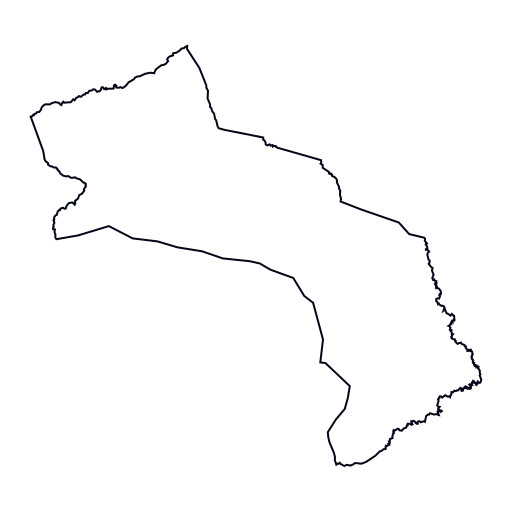 the district of Bunkpurugu Nakpanduri, Northern, Ghana
{"feature_id": "2480657B78318361422462", "entity_name": "Bunkpurugu Nakpanduri", "entity_type": "district", "adm_level": 2, "iso_a3": "GHA", "parent_name": "Ghana", "parent_adm1": "Northern", "projection": "mercator", "projection_center": [0.012, 10.509], "detail": "fine", "context": "isolated", "style": "outline", "palette": "ink", "viewbox_px": 512, "rotation_deg": 0, "n_neighbors": 0, "source": "geoboundaries", "source_scale": "gbopen_adm2", "svg_char_len": 5933}
<svg xmlns="http://www.w3.org/2000/svg" viewBox="0 0 512 512"><path d="M476.5,365.8L475.1,366.0L475.5,365.0L474.0,364.7L474.2,363.0L473.0,362.8L473.3,361.3L472.8,361.3L472.8,359.6L471.8,358.9L471.9,357.9L471.4,357.1L472.0,356.3L471.9,355.1L472.7,354.5L472.2,351.9L470.9,351.3L471.3,350.4L470.7,349.6L469.1,350.0L469.3,350.7L467.4,351.0L467.5,349.5L466.5,349.0L465.6,347.7L466.0,346.5L464.7,346.1L464.4,344.9L461.7,344.0L460.9,342.5L457.5,343.8L455.5,341.9L455.7,341.0L455.0,340.7L454.8,339.3L453.0,339.1L451.6,338.3L451.3,337.1L451.9,337.0L451.9,335.6L452.9,334.2L451.8,334.1L451.5,331.9L450.2,330.3L451.1,330.0L450.0,329.3L450.5,327.9L449.5,326.2L448.6,325.9L451.1,324.3L450.6,323.7L451.5,321.9L452.5,322.4L452.2,320.7L453.2,320.7L453.7,319.7L454.2,320.5L454.5,320.2L454.1,315.8L453.4,315.7L451.9,313.9L450.4,315.6L447.6,313.5L446.6,313.4L445.0,309.5L443.5,310.7L444.5,307.5L443.7,306.2L442.5,305.7L441.9,306.0L439.2,304.5L438.9,303.7L438.0,304.2L437.2,301.6L436.2,301.1L436.2,299.1L437.7,298.3L439.1,298.6L440.0,296.2L439.3,295.3L439.8,294.0L440.8,294.2L441.0,292.5L440.5,290.6L438.8,288.6L437.5,288.0L436.1,288.2L436.0,287.1L436.8,286.3L435.9,284.6L435.5,284.9L435.0,284.1L436.0,283.6L435.7,282.9L436.5,283.0L436.3,281.1L434.0,280.2L434.1,279.5L433.0,279.8L432.3,278.0L433.6,274.7L431.9,270.5L432.6,268.1L430.8,266.6L428.7,263.8L429.5,262.7L429.7,260.7L428.5,259.5L427.3,254.6L427.8,252.9L429.1,251.6L427.6,249.8L425.9,249.8L425.9,249.1L427.3,248.4L427.0,246.2L425.7,244.3L426.0,243.6L426.8,243.4L424.8,240.8L425.1,238.7L424.2,237.7L409.2,234.1L398.8,222.5L361.2,209.5L340.6,201.5L341.0,198.7L340.0,194.9L340.2,190.4L339.1,188.8L339.0,186.7L336.9,182.4L337.0,180.5L336.3,178.8L334.5,177.0L332.2,176.1L332.0,174.6L330.8,173.5L330.3,174.2L329.0,173.4L328.8,171.8L322.7,167.8L322.7,165.0L320.6,163.7L321.2,163.0L321.1,160.2L277.3,147.7L276.1,147.1L276.0,146.2L273.7,145.9L272.8,146.5L272.5,145.1L270.5,145.6L270.0,144.5L269.5,144.4L267.2,145.4L265.8,144.4L265.6,142.6L264.3,140.2L263.1,139.6L263.2,137.5L225.1,130.0L218.8,128.3L217.7,126.6L216.2,120.4L215.1,118.9L214.1,113.7L212.4,111.6L211.2,108.0L210.0,106.8L210.1,104.5L207.6,98.5L208.0,90.7L206.4,87.8L206.3,85.4L199.4,68.0L187.0,48.9L187.2,46.0L185.2,46.9L183.9,48.2L181.7,48.5L179.1,51.0L176.1,52.8L173.4,53.1L172.8,54.0L173.1,55.4L169.6,56.5L168.1,57.7L167.1,59.3L168.1,61.1L165.8,63.8L163.9,64.8L161.3,65.3L157.5,68.1L155.7,69.6L154.2,73.2L150.2,72.7L145.1,73.8L140.1,76.1L136.8,76.7L135.1,77.6L133.8,79.3L128.5,82.4L125.9,85.7L123.0,87.8L122.4,88.0L120.6,87.2L119.0,87.7L116.4,87.6L115.9,86.4L116.3,85.6L115.0,84.7L114.0,85.3L113.6,88.5L113.1,88.7L107.8,88.7L106.4,89.4L105.9,88.0L104.2,89.1L102.8,87.2L102.2,87.2L101.3,87.9L101.0,89.6L99.5,91.4L98.1,91.2L97.2,91.9L94.9,89.5L93.3,89.3L91.7,90.5L89.3,90.8L87.8,93.0L85.8,93.0L85.2,94.4L83.5,94.6L80.9,96.8L78.9,96.1L78.5,96.8L76.0,98.0L74.6,100.3L73.2,99.3L70.8,102.2L64.2,102.7L63.4,101.7L62.5,102.4L61.4,105.1L60.1,104.4L59.1,102.9L55.3,102.1L52.2,103.0L49.7,104.4L45.3,104.3L43.1,105.7L41.8,107.3L40.9,109.8L39.3,111.9L36.8,112.3L35.9,113.6L34.2,114.0L33.9,115.2L33.0,115.1L32.1,116.3L30.7,116.6L43.3,151.3L44.6,159.5L45.5,161.1L48.0,163.1L48.1,164.7L50.4,166.3L51.8,166.3L53.5,167.4L56.0,167.5L56.6,168.5L57.3,168.6L57.8,170.3L59.3,171.2L59.9,173.0L63.0,175.6L66.3,176.4L68.4,176.1L70.3,177.5L71.9,177.9L75.1,177.3L76.1,178.2L80.1,179.4L83.4,182.6L84.7,182.8L85.9,184.2L85.5,185.2L85.9,186.2L83.8,189.4L84.3,190.6L81.7,194.0L79.3,195.0L78.0,198.6L75.1,200.8L75.2,202.1L74.7,202.7L75.2,203.5L74.7,204.7L72.3,202.4L68.8,203.1L66.7,205.7L65.7,208.6L64.5,208.7L63.0,207.7L60.5,208.7L59.8,210.3L58.9,210.2L57.7,211.5L56.8,214.8L55.5,215.4L54.1,217.4L54.2,219.7L53.5,220.1L54.4,222.7L53.4,224.9L53.7,226.9L52.9,228.2L53.2,229.3L54.9,229.5L54.5,232.2L55.4,234.4L55.3,237.3L56.4,239.2L78.2,235.4L108.8,226.1L132.7,238.4L157.5,241.4L177.3,247.3L202.1,251.3L222.7,258.4L249.7,261.2L259.6,263.4L270.7,269.8L293.3,278.0L304.2,295.9L313.1,302.8L323.0,339.5L320.3,362.4L325.5,363.1L349.8,386.1L347.8,398.0L344.8,408.9L335.8,419.6L327.8,432.2L328.3,437.4L329.5,442.4L334.0,453.0L335.0,457.4L334.8,460.1L336.3,464.5L337.0,463.6L338.1,463.9L339.7,462.8L340.3,463.7L344.2,466.0L347.0,464.8L350.4,465.6L353.0,464.5L355.1,463.0L361.4,463.7L366.1,461.9L375.4,455.7L379.7,451.4L382.0,450.6L383.4,449.3L385.7,448.9L385.6,446.6L386.2,446.4L386.2,445.6L387.1,445.9L389.2,444.8L388.4,443.9L389.7,443.2L388.9,441.6L389.8,441.5L389.9,439.1L392.5,438.1L392.3,437.0L393.0,433.9L394.0,433.0L393.3,432.0L393.9,431.4L394.0,430.9L393.5,430.6L393.9,430.0L395.1,430.4L397.4,428.8L398.7,428.9L399.5,430.3L401.8,430.7L403.8,428.4L406.2,427.6L406.7,425.7L408.4,425.4L407.2,425.1L407.7,423.7L409.6,423.8L411.5,424.8L412.5,424.3L411.6,423.1L411.9,422.3L411.2,421.7L411.3,421.2L412.2,421.4L413.2,420.8L414.7,421.4L415.7,423.0L417.2,423.9L417.8,423.7L417.5,422.0L418.4,421.3L419.5,421.2L420.9,422.3L423.8,421.2L424.9,421.8L426.2,415.9L428.1,414.5L429.0,414.6L430.0,413.2L434.1,414.6L436.1,414.1L438.8,415.0L437.6,411.8L439.7,411.3L440.6,411.9L441.8,411.1L441.4,410.5L440.3,410.7L439.1,409.8L438.1,409.7L438.2,408.7L439.6,406.9L438.0,406.6L437.2,405.3L438.6,401.0L438.0,399.4L439.4,398.2L439.1,397.3L439.9,396.3L440.8,396.3L442.3,397.5L445.2,395.2L447.9,396.7L449.4,396.2L450.0,397.0L450.3,395.7L451.3,394.7L451.4,392.1L453.0,392.3L454.2,390.7L455.7,391.1L456.8,390.4L457.8,390.6L460.3,387.9L461.7,388.6L461.2,390.4L461.6,390.9L462.9,390.6L463.2,388.4L465.3,388.2L464.7,386.9L465.4,386.4L467.5,387.3L467.4,388.5L468.0,388.9L469.6,387.6L470.1,388.8L470.8,388.5L471.0,385.9L469.4,384.6L469.9,384.2L472.1,384.8L471.8,384.1L472.0,382.5L472.7,382.6L473.1,380.9L474.0,381.3L474.5,382.9L475.9,382.9L475.8,384.3L476.3,385.0L477.6,383.6L477.8,381.6L479.7,382.9L480.5,382.4L481.3,379.7L479.7,375.3L480.4,374.4L479.7,372.6L479.8,370.8L479.0,369.2L477.3,367.7L478.3,367.5L478.6,366.7L478.1,366.4L476.4,367.1L476.5,365.8Z" fill="none" stroke="#020617" stroke-width="2"/></svg>